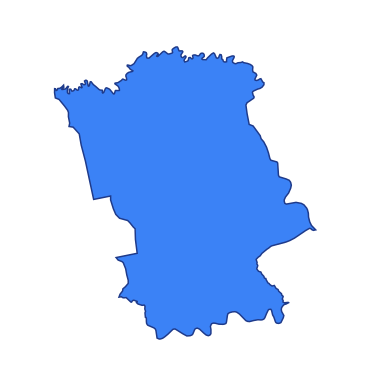 Dong Xoai, Bình Phước, Vietnam, rotated 257°
{"feature_id": "81297802B13642047560711", "entity_name": "Dong Xoai", "entity_type": "district", "adm_level": 2, "iso_a3": "VNM", "parent_name": "Vietnam", "parent_adm1": "Bình Phước", "projection": "natural_earth1", "projection_center": [106.858, 11.515], "detail": "fine", "context": "isolated", "style": "filled", "palette": "blue", "viewbox_px": 384, "rotation_deg": 257, "n_neighbors": 0, "source": "geoboundaries", "source_scale": "gbopen_adm2", "svg_char_len": 5976}
<svg xmlns="http://www.w3.org/2000/svg" viewBox="0 0 384 384"><g transform="rotate(257 192 192)"><path d="M62.4,261.2L62.8,260.9L63.3,257.1L64.3,255.9L65.8,256.4L67.4,255.9L69.6,257.3L70.1,257.2L71.3,256.3L72.8,256.3L75.7,254.2L77.6,253.9L79.2,252.2L82.4,251.2L82.4,249.0L82.7,248.5L84.5,246.9L85.4,246.6L86.4,245.5L89.9,244.5L91.1,244.5L91.5,243.6L92.1,243.1L93.6,243.1L96.4,241.5L98.5,241.1L99.8,239.0L102.2,237.9L102.8,237.9L105.4,239.5L106.0,239.5L107.0,239.1L107.7,239.1L108.7,239.6L111.8,239.3L112.2,239.7L113.6,241.9L114.5,244.1L116.4,246.2L119.3,251.9L120.1,254.1L121.3,256.5L121.6,257.7L122.1,272.3L122.7,276.4L124.0,281.4L128.9,294.1L130.1,298.1L130.1,298.6L129.3,299.7L128.2,300.4L127.3,301.7L127.3,304.0L132.5,300.9L136.3,300.0L141.3,299.9L145.2,300.6L148.8,300.5L150.5,300.1L154.3,298.2L156.3,296.0L158.5,291.0L159.0,281.2L160.1,279.9L162.4,279.8L163.6,280.1L166.1,282.0L169.3,285.9L173.5,289.0L176.3,290.3L179.2,290.3L181.5,289.4L183.6,286.6L187.1,280.5L188.8,280.0L201.0,282.0L202.2,281.5L205.2,276.0L207.1,275.4L212.8,275.3L218.9,274.7L224.7,273.2L228.4,271.3L231.6,271.1L242.6,266.4L245.0,262.9L256.0,263.3L264.6,264.1L266.6,265.7L269.5,273.2L270.6,273.9L272.9,273.3L275.6,273.3L276.2,273.9L276.6,274.9L277.5,279.1L277.6,281.5L278.4,283.9L280.3,286.2L282.3,286.7L283.2,285.7L286.9,284.6L286.9,283.4L286.3,281.8L286.1,280.1L286.7,278.8L287.1,278.6L287.9,278.7L291.3,281.4L293.1,280.9L295.4,278.4L297.3,278.5L300.1,279.4L300.8,279.3L301.9,278.7L303.3,277.3L304.8,275.0L306.4,271.4L307.4,270.6L307.2,268.7L307.6,265.8L307.2,264.0L307.3,262.9L308.3,261.6L309.2,260.8L310.8,260.9L313.5,263.2L314.6,263.6L315.1,263.3L315.4,262.4L315.5,261.4L314.9,256.2L312.7,255.3L311.2,255.0L311.2,253.4L311.7,252.4L312.6,251.9L314.1,251.8L315.0,250.9L317.3,251.4L319.1,251.3L319.7,250.2L318.9,249.4L317.0,248.2L316.6,246.7L317.3,245.9L321.5,245.1L322.6,244.4L322.7,244.1L322.0,242.0L319.1,237.2L317.7,235.6L318.6,232.2L319.4,231.5L320.1,232.0L321.2,234.3L322.0,234.6L323.2,234.7L324.1,234.4L324.7,233.9L325.0,233.1L325.1,232.1L324.8,231.3L323.4,229.7L323.2,229.2L323.5,227.9L324.8,226.0L325.1,224.6L325.0,223.6L324.7,223.2L322.5,223.2L321.9,222.7L321.7,222.3L321.9,221.6L323.4,220.6L323.6,219.7L323.5,219.1L320.9,217.8L320.5,216.7L320.3,214.3L321.8,213.8L322.6,214.2L324.5,216.3L325.5,216.6L326.1,216.1L326.1,215.7L325.0,213.6L325.0,213.1L325.6,212.3L326.4,211.9L328.0,212.0L330.6,214.6L331.5,214.4L331.8,213.9L332.3,211.4L332.6,211.1L336.2,210.6L336.7,210.2L336.8,209.5L336.9,208.8L336.4,207.0L335.5,205.1L334.9,204.6L332.3,204.5L331.8,203.7L331.6,200.7L332.0,199.5L334.5,197.5L335.4,196.5L335.4,195.9L335.1,194.9L331.8,189.2L331.9,188.6L332.2,188.2L332.9,188.6L334.0,190.1L334.7,190.0L335.2,189.7L335.9,188.5L335.9,187.7L335.4,186.3L332.2,180.3L332.2,179.8L332.6,178.4L333.3,178.1L335.2,178.3L336.4,178.9L338.0,178.8L338.6,178.2L339.5,176.5L339.4,176.1L337.4,175.0L336.4,173.7L335.4,170.7L334.5,168.8L330.1,164.4L328.9,161.2L329.0,160.3L330.2,158.0L330.1,157.4L329.4,157.2L328.8,157.4L328.0,158.3L325.4,159.5L323.4,161.7L323.2,161.6L322.9,161.1L322.8,157.2L322.2,155.6L321.1,154.1L319.8,153.6L317.9,153.8L316.1,153.6L315.8,152.8L315.9,152.3L317.5,150.2L317.6,149.7L316.6,148.3L315.2,144.4L315.4,141.6L315.2,141.3L314.6,141.3L312.0,143.6L310.5,144.2L308.7,144.4L307.3,144.1L307.3,143.6L308.1,140.3L308.0,140.1L305.3,138.5L305.1,138.1L305.3,137.5L310.4,135.0L311.1,134.4L312.7,132.3L312.7,131.5L312.3,130.9L309.0,128.5L308.6,127.9L308.6,127.2L309.4,127.0L310.6,127.5L311.3,127.5L312.1,125.3L312.8,124.5L316.5,121.9L318.9,120.0L322.1,118.5L322.3,118.0L322.2,117.6L318.6,115.8L318.4,115.0L318.7,114.7L319.4,114.7L323.5,114.9L324.1,114.7L324.7,114.0L324.8,113.3L324.3,112.2L321.5,112.6L320.8,111.9L320.8,110.8L322.3,109.3L322.4,108.2L322.2,108.0L318.7,108.4L318.4,108.0L319.7,106.1L319.7,105.6L319.4,105.2L317.1,104.3L317.0,104.0L316.9,103.4L317.3,102.8L318.7,101.8L318.9,101.2L318.9,100.8L317.8,100.1L317.4,99.5L317.2,98.1L317.5,97.5L319.3,97.1L319.7,96.4L319.7,95.9L319.2,95.4L315.4,94.8L315.4,94.2L315.8,93.5L316.5,93.1L317.2,93.0L319.3,93.5L320.9,94.2L322.6,95.3L322.9,94.9L322.8,94.4L321.0,92.2L320.9,90.0L321.1,88.4L321.5,88.2L322.2,88.9L322.6,90.5L322.9,90.7L325.0,90.9L323.6,88.7L322.8,86.7L323.0,84.5L321.8,83.7L321.5,82.6L323.3,82.2L323.6,81.4L319.7,80.4L314.4,80.0L312.1,83.3L304.5,87.1L299.6,89.2L297.2,89.5L293.1,88.5L286.6,88.3L283.5,86.9L281.9,90.8L274.0,95.2L262.7,94.6L246.3,95.1L206.9,94.5L206.4,111.8L202.5,110.9L193.4,111.6L187.3,112.7L182.7,115.5L178.7,122.9L175.9,124.6L170.9,127.0L169.0,128.3L158.4,126.2L144.6,124.8L145.2,103.3L142.3,104.7L139.9,108.2L138.6,109.1L132.1,110.1L125.9,109.8L120.4,110.0L117.3,109.3L114.7,105.8L113.2,102.9L111.2,102.1L108.6,98.9L106.0,97.2L105.8,99.7L104.8,100.5L104.2,101.8L103.9,104.1L98.5,107.7L98.3,108.2L98.5,108.6L99.4,109.4L99.7,110.5L99.3,111.6L97.7,114.0L97.3,113.9L97.2,113.0L96.7,113.0L95.0,114.2L92.8,117.9L92.6,119.9L92.2,120.2L91.2,120.5L88.6,119.7L86.2,119.9L84.8,119.0L80.4,118.4L80.0,119.0L78.6,119.0L76.5,118.5L74.4,118.2L73.0,118.5L72.1,119.0L68.2,124.3L66.8,125.4L65.2,125.7L57.5,125.1L56.1,127.0L55.9,128.3L56.1,130.5L57.0,132.8L58.9,136.6L62.0,141.7L62.5,142.6L62.5,143.8L62.2,144.9L55.6,151.5L52.9,154.6L52.4,157.8L52.6,159.3L52.9,160.2L53.5,160.9L57.4,163.7L58.0,164.5L58.2,165.7L58.1,166.7L56.7,168.5L51.8,171.8L49.5,173.6L48.5,175.2L48.3,175.9L48.6,177.3L49.1,178.0L49.9,178.6L53.7,179.5L56.9,179.7L58.5,180.8L59.2,181.4L59.4,182.5L59.4,183.6L58.8,185.3L57.2,188.4L56.1,192.4L56.0,194.0L56.3,195.5L57.5,196.3L63.9,198.8L65.4,199.7L66.0,201.6L66.1,204.4L65.7,207.0L64.8,208.6L62.4,210.8L54.6,215.5L53.5,216.9L52.8,218.9L52.9,223.2L52.7,227.5L51.8,230.5L51.7,231.9L52.0,233.4L53.1,234.7L56.8,237.3L59.9,239.8L60.3,240.6L60.0,242.4L58.8,242.9L54.1,242.9L51.7,243.6L46.8,244.1L45.9,244.4L45.1,245.2L44.5,246.7L44.5,248.1L44.8,249.3L49.0,252.7L51.0,253.7L55.2,252.5L57.1,252.5L59.0,253.2L60.3,254.5L61.2,255.8L61.6,256.6L61.7,258.5L62.4,261.2Z" fill="#3b82f6" stroke="#1e3a8a" stroke-width="1.5"/></g></svg>